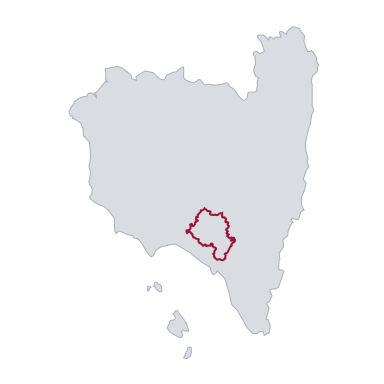 Teruel highlighted on a map of Spain, rotated 91°
{"feature_id": "ESP-5847", "entity_name": "Teruel", "entity_type": "Autonomous Community", "adm_level": 1, "iso_a3": "ESP", "parent_name": "Spain", "parent_adm1": "", "projection": "mercator", "projection_center": [-0.788, 40.603], "detail": "fine", "context": "in_parent", "style": "outline", "palette": "rose", "viewbox_px": 384, "rotation_deg": 91, "n_neighbors": 0, "source": "natural_earth", "source_scale": "10m", "svg_char_len": 8434}
<svg xmlns="http://www.w3.org/2000/svg" viewBox="0 0 384 384"><g transform="rotate(91 192 192)"><path d="M208.4,79.7L208.4,80.9L210.4,83.1L216.3,84.5L217.8,85.4L217.5,88.5L216.1,91.1L217.4,92.3L218.8,92.2L220.6,90.1L220.9,91.5L223.6,92.8L229.6,95.2L233.8,95.5L238.1,100.3L245.2,99.4L251.6,103.9L257.5,102.9L258.9,103.8L268.1,103.9L268.6,100.2L269.7,98.7L285.8,103.9L287.7,107.1L287.4,108.7L288.2,112.4L290.3,112.2L294.6,110.2L300.0,112.7L301.5,115.0L302.6,115.2L306.7,112.9L317.9,115.6L318.3,113.8L319.1,113.3L323.8,111.7L325.7,111.4L331.6,112.6L332.3,114.7L333.5,115.5L334.0,117.3L330.5,118.4L330.1,121.5L332.3,124.2L332.5,128.7L326.6,134.6L309.5,144.5L303.8,150.4L291.1,153.4L278.0,157.7L270.2,165.5L272.2,166.2L274.5,168.8L273.7,170.0L270.3,171.8L267.2,172.3L261.5,181.9L253.6,191.7L250.7,196.1L244.5,207.5L244.5,210.8L247.5,222.1L249.3,225.0L251.7,227.5L256.4,229.6L257.5,231.7L255.9,233.6L251.3,237.1L243.2,241.9L239.8,245.6L239.0,249.2L236.6,250.8L235.8,255.8L232.5,262.7L232.3,264.5L234.8,267.0L232.3,268.6L219.9,269.2L212.2,274.6L208.3,279.4L204.8,288.2L200.6,293.4L198.7,294.4L195.8,292.1L192.2,291.8L188.7,292.5L186.8,294.3L183.9,295.3L181.1,294.5L175.0,294.0L172.3,294.1L168.1,295.5L164.5,294.6L158.3,294.1L145.1,295.2L143.4,295.8L137.5,301.7L131.1,301.9L125.2,304.3L121.4,310.0L120.6,313.1L119.4,312.3L118.5,312.6L118.1,314.9L114.1,316.4L109.6,314.5L105.8,311.6L103.8,311.4L100.7,307.0L99.3,304.2L98.3,301.1L98.2,299.0L95.4,297.7L94.7,294.9L96.8,291.2L99.5,289.2L96.9,289.4L95.1,291.7L92.7,288.0L83.1,280.6L83.6,277.9L82.0,279.9L80.9,280.4L75.9,280.1L70.2,281.0L67.8,268.4L69.3,264.0L75.7,255.3L79.7,254.1L81.3,249.6L77.6,249.9L71.8,241.2L73.3,233.1L79.1,227.0L80.1,224.5L80.3,222.3L79.2,220.7L76.0,219.8L72.7,213.3L72.0,209.3L69.3,207.0L67.0,203.0L69.0,202.4L77.3,202.4L79.3,201.3L80.8,198.6L82.4,194.2L82.8,191.5L79.5,187.6L79.4,186.7L79.9,185.4L84.9,181.1L83.9,177.9L84.7,171.0L84.3,167.0L83.7,163.7L82.0,159.5L83.1,157.7L85.7,156.3L87.9,152.8L90.9,149.8L94.9,147.5L99.6,142.3L98.9,140.1L97.3,138.7L91.5,137.7L91.1,136.7L91.1,131.1L89.6,128.8L87.5,129.1L84.3,128.1L83.5,128.7L79.5,128.5L76.6,127.5L75.4,128.4L75.1,130.4L70.3,132.4L67.6,132.3L63.2,130.6L58.2,131.2L57.6,130.8L53.3,133.0L51.9,133.1L50.1,130.3L52.4,126.3L50.4,122.5L49.1,122.3L41.1,125.2L36.5,128.9L34.6,129.3L34.0,128.7L33.8,123.4L38.6,117.8L35.5,117.4L35.7,115.8L37.6,113.2L35.6,111.3L35.6,105.6L31.3,107.4L30.2,107.1L30.1,104.8L32.8,100.3L30.0,99.8L27.9,98.0L25.2,94.3L25.2,92.3L26.6,87.6L30.4,85.4L34.1,82.2L39.2,82.8L46.9,80.1L49.5,78.7L49.4,76.7L48.5,75.3L49.3,73.9L55.5,70.0L59.2,69.6L63.0,67.6L65.6,68.9L67.8,68.4L70.4,69.9L73.8,73.4L78.7,74.8L82.7,73.7L102.9,73.4L108.6,71.7L113.1,73.8L121.7,74.8L126.9,76.5L141.2,79.5L146.4,79.5L156.8,76.6L159.7,77.4L163.8,75.9L165.8,76.2L168.4,78.2L177.6,81.0L180.0,78.6L181.8,78.1L188.4,79.6L195.0,82.4L198.5,82.6L203.5,81.9L208.4,79.7ZM330.0,198.9L332.4,200.0L334.9,199.0L336.2,199.3L337.5,199.8L337.8,201.8L332.5,211.8L328.2,214.5L324.0,212.4L321.5,211.8L320.8,211.0L320.2,207.8L319.1,206.8L317.4,206.4L314.1,208.9L313.1,207.2L311.5,206.9L310.9,205.9L311.0,204.6L321.1,196.8L324.1,195.1L330.3,193.1L331.3,193.4L330.5,194.6L331.3,195.7L330.0,198.9ZM358.8,194.8L357.8,197.6L350.3,193.9L347.8,193.5L347.2,192.9L347.4,190.1L352.5,189.7L356.6,191.1L358.8,194.8ZM288.2,226.6L287.3,228.6L283.5,227.9L282.7,227.1L283.5,224.9L284.6,224.6L284.6,223.1L285.8,221.5L291.1,220.2L292.3,221.3L292.5,222.8L289.4,226.2L288.2,226.6ZM291.8,234.4L291.3,234.8L287.2,234.5L287.1,233.2L287.9,231.4L289.4,233.2L291.8,233.5L291.8,234.4Z" fill="#d9dde1" stroke="#a8b0b8" stroke-width="1"/><path d="M224.4,193.0L223.9,191.8L224.5,191.6L225.7,191.0L225.9,190.9L226.0,190.7L226.1,190.3L226.0,190.0L225.7,189.7L224.9,189.0L224.2,188.6L222.7,188.4L222.2,188.2L221.9,187.8L221.9,187.6L221.8,187.4L221.6,187.3L221.4,187.1L221.3,186.9L221.1,186.7L220.9,186.3L220.8,185.8L220.7,185.7L220.2,185.9L220.1,186.1L220.0,186.4L220.1,186.9L220.1,187.1L220.0,187.3L219.5,187.5L219.0,187.7L218.2,187.6L216.9,187.3L217.0,187.0L217.2,186.6L217.2,186.4L217.2,186.2L217.0,185.8L216.4,185.9L216.1,185.9L215.8,185.8L215.4,185.7L215.2,185.7L214.8,185.9L214.6,185.8L214.3,185.5L211.7,183.0L211.1,182.7L210.7,182.7L210.5,182.8L210.4,182.9L210.2,182.8L210.2,182.4L210.3,182.2L210.3,181.8L210.2,181.3L209.2,180.0L208.8,179.5L208.1,179.2L208.4,178.8L208.5,178.7L209.5,177.3L209.7,177.1L209.9,176.9L210.4,176.7L210.6,176.5L210.7,176.2L210.7,175.1L210.8,174.7L211.1,173.5L211.3,173.3L211.4,173.1L212.0,173.3L212.3,173.3L212.7,173.5L212.9,173.6L213.1,173.7L213.3,173.8L213.5,173.7L213.9,173.5L214.1,173.3L214.3,173.1L214.4,172.9L214.3,172.3L214.3,171.9L214.4,171.4L214.6,171.0L214.7,170.7L214.7,170.1L214.7,169.7L214.5,169.3L214.3,169.0L214.2,168.7L214.2,168.4L214.3,168.1L214.4,167.8L214.6,167.4L214.7,167.0L214.7,166.3L214.6,166.0L214.5,165.7L214.3,165.5L213.7,165.0L213.3,164.6L213.2,164.4L213.0,163.9L212.8,163.5L212.9,162.4L212.9,162.1L212.6,161.5L214.3,161.6L215.0,161.3L215.8,161.2L216.3,161.4L216.5,161.4L216.7,161.1L216.9,160.7L216.9,160.4L216.7,159.7L216.7,159.3L216.8,159.1L217.4,158.8L217.5,158.7L217.9,157.9L218.0,157.7L218.3,157.5L218.6,157.4L218.8,157.4L219.1,157.5L219.8,158.0L221.3,158.0L221.6,157.8L221.7,157.4L221.6,157.1L221.5,156.8L221.4,156.5L221.4,156.3L221.7,155.6L221.9,155.4L222.1,155.3L222.7,155.3L223.8,155.8L224.0,155.8L224.9,155.3L225.2,154.7L225.3,154.6L225.5,154.5L225.8,154.6L227.9,156.0L228.0,156.4L228.1,156.6L228.2,156.8L229.1,157.2L229.3,157.2L229.5,157.1L230.8,155.5L232.3,156.7L232.5,156.8L232.8,156.7L233.1,156.4L233.6,154.8L233.8,154.5L234.1,154.5L234.3,154.7L235.5,156.1L237.6,153.5L236.8,152.0L237.2,151.7L237.0,149.6L237.1,149.3L237.3,149.1L237.5,149.2L237.8,149.3L239.5,152.2L239.7,152.3L239.9,152.3L240.0,152.0L240.0,151.8L240.0,151.6L239.7,150.7L238.8,149.2L238.7,148.8L238.7,148.4L239.0,148.2L240.4,148.2L240.6,148.3L240.8,148.5L240.9,149.1L241.0,149.2L241.1,149.4L241.6,149.4L241.7,149.5L242.0,150.1L242.6,150.9L244.3,151.9L244.9,151.4L246.0,152.7L251.7,155.4L252.2,155.8L253.1,158.0L253.5,158.2L253.9,157.6L254.0,157.4L254.4,157.3L255.5,157.3L256.1,157.6L256.7,157.7L257.9,157.5L258.2,158.4L258.6,158.7L258.9,158.8L259.3,159.2L259.7,160.3L259.6,161.1L259.5,161.3L259.4,161.7L259.1,162.1L259.0,162.3L258.9,162.6L258.8,162.8L258.8,163.1L258.7,163.4L258.9,163.9L258.9,164.2L258.9,164.5L259.0,164.8L259.3,165.3L259.3,165.6L259.2,165.8L259.0,166.0L258.5,166.6L258.3,167.0L258.2,167.2L256.8,168.0L256.7,168.1L256.8,168.5L256.1,168.8L255.2,168.8L254.9,168.9L254.6,169.0L254.4,169.1L254.2,169.3L254.0,169.5L253.7,169.7L253.3,169.6L253.3,169.3L253.3,169.1L253.2,168.9L253.0,168.7L252.6,168.6L251.4,168.7L250.7,168.5L249.6,167.8L249.2,167.5L249.1,167.3L248.8,167.1L248.5,166.9L248.0,167.0L247.8,167.1L247.3,167.6L247.2,167.9L247.1,168.1L247.0,168.5L246.9,169.0L246.9,169.3L246.9,169.5L245.6,170.4L245.4,170.6L245.1,170.7L244.9,170.7L244.5,170.5L244.1,170.4L243.8,170.5L243.5,170.6L243.3,170.8L243.2,171.1L243.3,171.3L243.3,171.5L243.3,172.0L243.5,172.3L244.0,172.4L244.1,172.5L244.4,172.6L244.6,172.6L245.0,172.5L245.3,172.6L245.3,173.0L245.3,173.3L245.2,173.5L245.3,174.0L245.4,174.5L245.4,174.9L245.3,175.1L245.2,175.4L245.2,175.6L245.3,175.8L245.6,176.0L245.8,176.4L245.9,176.6L245.9,176.8L245.7,176.9L244.6,177.4L244.4,177.6L244.2,177.9L244.2,178.1L244.3,178.4L244.5,178.6L244.8,178.8L245.0,179.0L245.3,179.4L245.5,179.6L245.5,179.9L245.5,180.2L245.4,180.4L244.4,181.0L244.2,181.3L243.8,181.9L243.5,182.2L242.9,182.6L242.9,182.8L243.0,183.1L243.0,183.3L242.9,183.7L242.8,183.9L242.6,184.1L241.7,184.5L241.0,184.6L240.8,184.6L240.6,184.7L240.4,184.7L240.2,184.7L239.9,184.6L239.6,184.5L239.4,184.4L239.2,184.4L239.0,184.6L239.0,184.8L239.0,185.3L239.0,185.5L238.9,186.2L238.7,186.5L238.5,187.2L238.4,187.5L238.2,187.8L237.9,188.1L237.5,188.5L237.4,188.7L237.3,189.0L237.5,189.7L237.4,189.8L235.7,190.7L234.8,190.9L234.4,190.9L234.2,190.8L233.9,191.0L233.8,191.6L233.7,191.9L233.5,192.1L233.4,192.2L233.1,192.4L232.8,192.4L232.3,192.7L232.1,193.0L231.9,193.7L231.9,193.9L232.0,194.1L232.0,194.3L232.1,194.7L232.3,195.2L232.5,195.3L232.9,195.8L233.1,196.1L231.7,196.8L231.4,196.9L231.0,196.9L230.7,196.8L230.5,196.7L230.4,196.5L230.3,196.2L230.3,195.7L230.2,195.4L230.1,195.2L230.1,194.9L230.2,194.7L230.3,194.5L230.3,194.3L230.2,194.0L229.8,193.6L228.6,193.0L228.2,192.9L227.9,192.8L227.5,192.9L226.6,192.8L226.0,193.0L225.6,193.1L225.3,193.1L224.8,193.3L224.4,193.0Z" fill="none" stroke="#9f1239" stroke-width="2"/></g></svg>